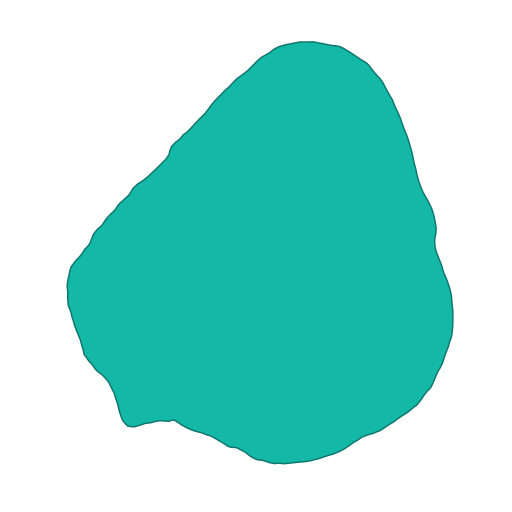 Kolhumadulu, Maldives (Equal Earth projection), rotated 175°
{"feature_id": "70690204B68081100071984", "entity_name": "Kolhumadulu", "entity_type": "district", "adm_level": 2, "iso_a3": "MDV", "parent_name": "Maldives", "parent_adm1": "", "projection": "equal_earth", "projection_center": [73.121, 2.361], "detail": "fine", "context": "isolated", "style": "filled", "palette": "teal", "viewbox_px": 512, "rotation_deg": 175, "n_neighbors": 0, "source": "geoboundaries", "source_scale": "gbopen_adm2", "svg_char_len": 3410}
<svg xmlns="http://www.w3.org/2000/svg" viewBox="0 0 512 512"><g transform="rotate(175 256 256)"><path d="M194.0,465.4L200.8,464.6L207.9,463.9L215.1,462.5L220.5,460.2L224.4,457.5L233.4,453.3L238.2,449.8L242.8,445.9L247.7,441.7L253.1,438.1L259.2,434.6L264.0,430.5L268.1,426.7L273.2,423.1L277.7,419.1L282.7,414.8L286.9,410.8L290.3,406.8L294.9,401.9L300.4,397.4L305.5,392.9L309.8,388.9L314.9,384.7L317.8,383.2L321.6,379.1L323.9,377.8L326.3,376.1L330.5,372.6L332.6,368.3L333.9,364.5L337.1,360.5L340.8,357.4L344.8,354.0L348.8,350.8L352.1,348.2L355.4,345.4L358.7,343.1L361.8,341.1L364.4,339.7L366.2,338.8L367.7,338.0L372.7,334.0L375.5,330.0L377.8,327.3L381.6,324.5L383.9,322.5L387.0,320.5L389.5,317.9L391.0,315.9L392.5,314.2L394.3,312.7L395.6,311.6L399.1,308.7L401.7,306.3L403.7,303.9L405.2,301.9L406.4,300.4L409.0,298.3L410.8,297.1L412.3,295.8L413.6,294.4L415.0,292.8L415.9,292.0L417.5,288.8L418.6,286.5L420.3,283.1L423.0,280.1L425.8,277.8L428.3,274.7L430.1,272.4L433.1,269.4L435.4,267.5L437.5,265.4L439.3,263.3L441.0,261.4L441.8,259.7L442.9,256.7L443.9,253.4L445.2,249.2L446.1,246.0L446.7,243.1L446.7,236.6L447.1,232.0L447.3,228.0L447.3,222.9L446.2,219.6L444.9,214.5L444.9,212.8L443.5,206.7L442.5,201.7L441.1,196.7L439.7,192.3L438.2,187.5L437.5,183.1L436.4,177.9L435.8,172.9L433.7,169.6L431.4,165.5L428.9,162.6L425.8,157.2L423.5,154.4L419.7,151.2L416.6,147.3L413.7,143.0L411.6,137.5L409.4,132.1L408.3,127.4L407.2,122.8L406.5,119.3L405.9,114.6L404.8,109.4L403.5,104.6L401.6,101.4L398.7,97.8L395.4,96.9L392.0,96.4L387.3,97.4L384.1,98.1L380.7,99.0L375.6,99.0L371.4,99.9L366.0,100.3L360.7,99.5L357.1,98.9L353.8,99.9L351.3,99.4L347.8,96.7L345.1,94.4L341.7,92.1L337.9,89.8L333.5,87.5L329.8,86.1L325.7,84.7L320.7,82.2L316.4,80.5L313.5,78.5L310.3,76.2L304.8,72.4L301.2,69.3L298.2,67.8L292.2,66.8L287.6,64.0L283.9,61.5L279.2,57.1L274.8,54.1L272.4,52.9L267.2,51.9L263.2,50.2L260.7,49.0L255.6,47.6L251.6,47.7L245.8,46.6L241.9,46.7L231.9,46.9L228.8,46.9L224.8,46.9L219.3,47.3L215.1,48.1L211.9,48.5L207.4,49.6L200.7,51.2L195.9,52.1L189.2,54.3L184.1,56.5L179.8,59.0L176.4,61.0L173.7,62.5L170.6,63.8L166.3,66.4L162.1,67.5L158.7,68.5L155.4,68.9L152.1,70.0L147.2,71.4L143.2,73.7L138.2,76.4L134.1,78.4L130.2,80.7L126.9,82.7L123.1,84.8L119.4,86.6L115.8,89.0L111.5,91.9L109.1,93.3L105.4,97.0L103.2,99.6L100.0,103.6L97.2,106.4L93.6,109.4L91.3,113.1L89.1,117.3L87.4,120.5L85.1,124.7L81.8,129.4L79.3,133.7L77.3,138.5L75.2,143.1L72.4,148.8L70.4,153.8L68.1,159.3L66.7,165.7L66.0,170.3L65.5,175.2L65.0,180.3L64.7,184.1L64.8,188.1L64.9,193.2L64.8,197.3L65.1,201.6L65.5,204.6L66.0,207.6L67.4,213.2L68.7,218.1L70.3,222.3L71.2,226.7L71.7,229.8L73.5,235.7L75.0,240.7L75.8,243.4L76.8,248.4L76.9,253.5L76.5,257.0L75.7,260.0L74.8,263.0L74.4,266.1L74.1,269.0L74.8,276.8L75.5,281.9L76.0,284.7L78.1,291.6L79.6,295.1L80.4,297.1L82.3,301.1L84.3,305.6L85.8,310.3L87.2,315.4L88.6,322.9L89.3,329.0L90.1,333.1L90.8,338.2L91.4,343.8L92.4,349.5L93.3,354.2L94.4,359.5L95.7,364.4L97.0,368.3L98.1,372.3L99.1,376.1L100.3,381.0L101.9,385.8L103.3,389.5L104.4,392.5L105.2,395.1L106.6,399.9L108.5,403.6L110.5,408.1L112.4,412.5L114.3,417.2L116.8,421.6L120.0,425.6L122.9,429.7L124.5,432.3L127.0,436.1L129.2,438.8L133.0,441.5L135.1,443.1L137.4,444.9L140.8,447.7L144.6,450.8L149.8,454.5L152.4,456.3L156.0,457.9L161.7,459.1L164.8,459.8L167.2,460.6L170.2,461.5L176.6,463.2L179.8,464.3L187.5,464.8L194.0,465.4Z" fill="#14b8a6" stroke="#0f766e" stroke-width="1.5"/></g></svg>